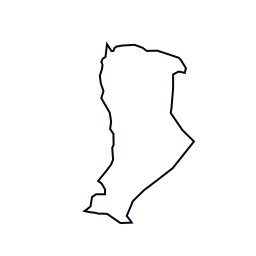 outline of Tchintabaraden, Tahoua, Niger, rotated 148°
{"feature_id": "23599985B37880443282078", "entity_name": "Tchintabaraden", "entity_type": "district", "adm_level": 2, "iso_a3": "NER", "parent_name": "Niger", "parent_adm1": "Tahoua", "projection": "mercator", "projection_center": [5.816, 15.933], "detail": "fine", "context": "isolated", "style": "outline", "palette": "ink", "viewbox_px": 256, "rotation_deg": 148, "n_neighbors": 0, "source": "geoboundaries", "source_scale": "gbopen_adm2", "svg_char_len": 877}
<svg xmlns="http://www.w3.org/2000/svg" viewBox="0 0 256 256"><g transform="rotate(148 128 128)"><path d="M62.1,178.0L71.3,183.5L73.2,188.4L78.4,195.1L89.1,200.9L94.7,203.2L97.1,203.0L99.5,201.1L101.2,201.9L101.4,210.2L109.4,200.2L112.6,200.2L115.6,198.2L116.1,195.1L118.6,192.0L124.2,187.2L127.3,180.5L129.3,172.2L134.8,167.5L135.4,150.6L138.9,142.4L143.7,136.6L143.5,130.7L149.1,121.4L151.9,119.5L157.4,109.1L161.8,105.9L170.3,102.7L181.4,98.9L179.8,95.0L180.0,88.0L182.6,84.0L190.2,88.7L195.1,88.5L201.4,81.3L206.2,80.8L208.9,80.6L204.8,76.7L200.8,73.5L198.3,70.9L194.0,68.2L191.2,66.2L184.8,51.4L175.0,45.8L175.2,50.4L175.7,54.1L166.5,60.6L162.7,63.4L147.4,66.8L131.5,68.2L111.2,70.3L79.2,81.6L83.0,97.5L83.8,118.1L80.2,122.3L68.4,138.2L61.4,149.5L55.1,149.0L50.6,144.7L47.2,148.0L47.1,157.6L47.7,160.6L62.1,178.0Z" fill="none" stroke="#020617" stroke-width="2"/></g></svg>